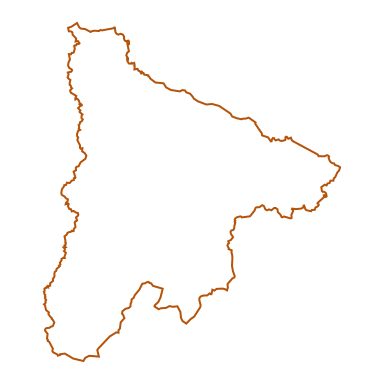 the district of Dak Mil, Đắk Nông, Vietnam
{"feature_id": "81297802B8433513238207", "entity_name": "Dak Mil", "entity_type": "district", "adm_level": 2, "iso_a3": "VNM", "parent_name": "Vietnam", "parent_adm1": "Đắk Nông", "projection": "mercator", "projection_center": [107.656, 12.52], "detail": "fine", "context": "isolated", "style": "outline", "palette": "amber", "viewbox_px": 384, "rotation_deg": 0, "n_neighbors": 0, "source": "geoboundaries", "source_scale": "gbopen_adm2", "svg_char_len": 5782}
<svg xmlns="http://www.w3.org/2000/svg" viewBox="0 0 384 384"><path d="M68.1,27.8L68.8,31.3L71.3,31.5L72.4,32.4L72.6,34.7L76.2,38.6L75.6,41.5L78.0,41.1L79.5,43.3L78.9,43.9L76.8,44.0L76.2,45.3L74.8,45.4L74.2,46.0L74.8,48.7L73.8,52.3L73.0,52.9L71.7,52.9L71.0,54.3L68.9,54.1L69.9,59.7L68.5,62.4L68.1,65.7L69.3,68.0L71.7,69.4L72.1,70.4L71.2,71.7L67.8,72.5L68.6,74.5L67.6,77.4L68.5,78.6L70.4,80.0L69.7,82.7L69.7,84.9L70.7,85.5L71.1,87.6L72.1,88.3L70.1,90.4L70.8,92.7L76.3,95.9L75.3,98.4L75.4,99.4L76.6,98.5L77.4,98.9L78.7,100.3L79.8,103.2L79.4,104.2L80.3,104.6L81.2,104.2L81.9,105.1L81.7,105.6L80.3,105.9L78.1,108.1L80.4,110.5L79.7,111.1L79.7,112.2L82.5,114.4L81.6,115.5L81.5,118.1L82.8,119.5L81.6,121.4L80.1,122.1L79.7,124.1L78.6,125.1L79.3,127.0L78.7,128.7L80.1,129.9L78.1,130.9L77.0,134.1L77.1,136.2L78.2,137.4L77.3,140.1L80.0,145.3L80.0,147.9L80.7,148.7L82.4,148.2L82.1,151.3L84.6,153.0L86.4,155.7L85.3,158.9L80.6,162.3L78.6,166.3L76.8,166.7L75.8,167.8L76.0,170.3L73.6,171.6L75.4,177.4L75.1,178.1L73.9,178.2L73.8,180.1L71.8,180.6L69.7,183.0L66.9,182.7L66.1,184.9L64.2,185.2L64.1,186.2L61.9,189.3L61.3,193.1L61.8,194.9L64.6,196.5L65.9,198.3L67.9,199.3L67.7,200.9L66.1,202.8L65.7,204.2L68.3,203.5L68.7,204.1L67.9,206.0L69.3,209.0L71.1,209.3L71.7,211.4L73.6,211.0L76.1,212.6L77.9,213.0L78.3,214.6L78.0,215.7L76.0,217.4L77.0,220.3L76.4,221.1L75.3,221.3L74.7,222.5L75.5,227.0L73.7,229.2L73.7,230.9L73.0,231.2L71.8,230.8L71.0,231.7L68.3,232.4L67.3,233.1L66.8,234.6L64.5,236.3L65.4,240.4L65.3,242.7L65.9,243.1L65.4,245.1L64.6,245.2L64.4,245.8L65.6,247.1L63.6,247.4L64.9,248.8L64.7,250.3L64.0,251.1L65.9,252.8L64.3,257.1L64.7,258.0L63.2,257.9L61.5,258.9L61.5,260.5L59.9,262.6L60.4,264.6L59.0,265.6L59.6,266.5L56.6,268.8L56.2,270.9L54.7,272.0L54.3,274.7L54.6,275.9L53.8,277.8L52.9,278.6L53.0,280.9L50.1,283.3L50.2,285.5L49.4,286.0L48.0,285.9L48.1,286.9L47.6,286.5L47.5,287.3L46.6,287.0L46.2,287.9L45.3,288.0L44.4,288.7L44.7,290.8L43.9,291.8L44.4,292.7L44.3,293.9L45.3,295.0L44.9,296.1L45.5,297.0L44.9,298.1L46.2,300.0L45.4,300.9L45.7,302.2L45.4,303.1L44.0,304.3L45.0,305.2L46.0,310.0L48.9,312.4L48.4,314.0L50.3,316.8L51.9,318.2L51.8,319.0L53.0,320.1L54.3,322.5L52.8,326.1L50.7,326.8L49.5,327.8L46.4,328.1L45.3,329.1L45.0,330.5L47.6,333.9L47.0,338.8L47.9,339.8L47.7,341.0L49.2,341.8L52.9,348.8L52.3,350.9L53.1,352.3L57.4,354.5L57.8,355.6L60.2,354.9L60.2,354.2L64.9,353.6L73.1,358.5L83.4,361.0L85.3,357.8L89.2,355.8L98.9,356.6L97.3,350.1L98.5,348.3L109.9,336.3L116.3,332.4L118.5,332.7L118.5,330.2L119.9,328.6L120.7,322.3L124.4,318.2L123.2,315.0L122.0,313.6L122.5,311.2L125.3,308.9L128.9,307.9L130.5,306.4L130.6,303.7L131.3,302.4L131.6,299.4L133.6,297.9L134.8,295.1L139.4,289.6L142.3,283.7L145.1,283.3L146.3,282.4L148.6,281.9L149.4,282.9L151.1,283.3L153.0,285.9L162.7,288.7L160.5,297.5L158.3,302.0L154.7,305.4L154.5,306.5L158.7,309.2L160.8,308.3L166.0,307.9L169.5,306.1L172.9,306.8L177.4,306.3L180.4,312.0L181.0,317.8L182.5,321.0L186.3,323.6L190.6,319.1L194.1,316.7L200.3,307.1L200.6,305.2L199.3,299.9L199.4,298.2L200.5,296.6L202.9,295.6L207.3,295.4L209.6,293.4L210.8,294.3L211.5,294.1L212.4,289.7L214.4,290.6L216.6,288.9L222.6,288.6L224.8,289.1L227.0,290.4L227.9,287.4L227.5,284.7L227.8,283.7L232.3,278.5L234.4,277.4L234.7,276.0L233.0,271.4L232.0,265.9L232.4,258.2L232.1,254.3L231.5,253.0L231.7,250.3L228.6,249.1L228.8,248.2L227.4,245.7L228.0,244.0L229.0,243.2L228.2,241.3L230.8,240.0L233.1,237.2L230.9,233.8L230.5,231.8L231.4,230.4L233.1,230.1L233.7,229.4L234.3,227.8L234.4,225.5L235.1,223.7L234.8,223.0L235.3,222.4L234.7,221.3L235.3,220.7L234.7,219.7L235.3,218.4L236.9,217.3L240.1,216.4L241.0,216.5L241.9,217.4L250.0,216.3L254.6,210.5L255.6,207.8L256.6,207.3L259.3,207.2L262.3,205.2L263.9,206.1L265.4,209.4L267.0,210.3L269.1,209.4L271.4,210.3L274.1,208.0L275.6,208.0L277.5,209.3L277.8,212.0L280.7,215.0L281.6,217.1L282.4,217.3L284.1,216.5L290.4,218.4L291.6,217.9L291.4,214.7L292.9,211.7L293.1,210.2L291.9,209.2L292.2,208.6L295.8,209.1L301.1,208.6L303.1,207.6L303.6,205.6L304.1,205.5L305.4,209.2L306.4,210.2L311.1,211.2L311.8,210.0L314.8,209.8L315.5,207.4L317.3,206.7L318.6,205.3L318.7,204.4L317.5,203.5L317.7,202.8L324.0,197.2L323.8,195.2L324.5,195.2L325.8,196.9L326.6,196.4L326.1,193.4L324.3,191.8L322.6,191.8L321.9,191.0L321.3,187.2L324.6,184.7L326.6,185.4L327.5,183.5L329.6,183.0L330.4,180.7L333.4,180.7L333.8,178.4L335.2,177.2L337.3,172.5L339.1,170.4L340.1,167.3L338.2,166.0L335.0,165.0L334.1,163.4L333.1,163.4L330.8,162.3L329.5,160.4L328.6,157.7L329.1,156.6L328.4,155.7L326.9,155.2L324.6,156.3L318.6,156.2L317.7,154.5L316.6,153.9L293.1,141.3L291.8,140.2L290.9,137.7L288.3,138.8L286.8,136.8L286.0,136.7L285.4,137.3L285.5,139.1L285.1,140.1L281.6,141.0L280.0,140.6L278.6,139.4L275.7,140.4L274.5,139.4L274.2,138.3L273.0,138.0L272.0,139.2L271.6,141.3L270.8,141.4L268.1,137.4L262.1,135.4L261.8,133.4L255.2,123.7L255.6,122.5L248.8,117.7L245.2,118.7L242.7,118.7L241.7,119.3L237.0,118.3L232.2,116.5L230.4,113.5L219.1,105.9L212.1,104.0L206.3,104.5L197.9,101.3L193.8,98.6L192.8,96.8L190.1,93.7L186.3,92.4L185.1,90.5L182.2,90.1L179.9,91.4L170.9,90.0L166.1,87.4L163.6,83.3L155.4,82.5L150.4,78.7L149.2,76.6L148.3,76.3L148.2,75.3L144.2,74.6L143.5,73.0L141.6,73.4L141.9,71.7L141.2,71.5L140.5,72.3L139.9,71.3L138.3,70.6L137.6,68.9L134.4,69.4L134.7,66.3L134.2,65.7L134.6,64.9L134.2,62.9L132.5,63.6L131.6,62.9L131.1,63.7L128.9,63.5L127.6,61.5L127.1,59.7L127.1,58.9L128.0,59.4L128.1,58.4L126.3,55.5L127.1,52.9L128.9,51.3L127.2,42.8L127.3,42.0L127.8,41.8L128.3,44.1L129.0,44.1L128.9,41.2L128.3,40.6L125.7,41.2L124.6,40.3L124.0,38.6L124.1,36.7L122.9,34.6L120.7,33.8L118.2,34.6L116.5,33.7L115.4,31.9L114.8,27.5L114.2,27.5L113.7,28.2L101.9,30.4L100.4,30.0L99.0,31.0L94.2,30.7L91.5,31.3L90.7,32.0L85.2,29.1L80.7,28.5L79.3,27.4L77.0,23.0L71.6,26.6L68.1,27.8Z" fill="none" stroke="#b45309" stroke-width="2"/></svg>